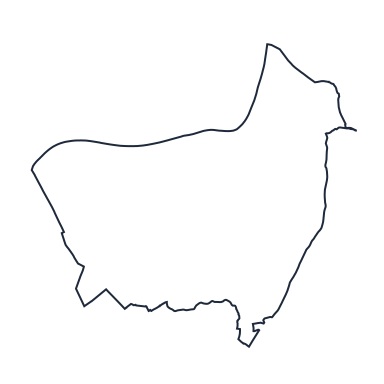 Gennep, Limburg, Netherlands (Natural Earth projection), rotated 93°
{"feature_id": "6326949B74696294770759", "entity_name": "Gennep", "entity_type": "district", "adm_level": 2, "iso_a3": "NLD", "parent_name": "Netherlands", "parent_adm1": "Limburg", "projection": "natural_earth1", "projection_center": [5.991, 51.696], "detail": "fine", "context": "isolated", "style": "outline", "palette": "slate", "viewbox_px": 384, "rotation_deg": 93, "n_neighbors": 0, "source": "geoboundaries", "source_scale": "gbopen_adm2", "svg_char_len": 5859}
<svg xmlns="http://www.w3.org/2000/svg" viewBox="0 0 384 384"><g transform="rotate(93 192 192)"><path d="M312.2,253.0L311.0,251.5L310.8,251.6L307.0,247.1L307.3,245.9L307.7,245.1L308.1,244.5L307.9,243.2L307.6,242.4L308.2,241.9L308.8,232.5L308.4,232.1L308.8,231.4L309.9,230.9L313.0,229.1L312.9,228.9L313.0,228.8L312.0,227.7L311.9,227.6L312.0,227.4L312.7,226.8L312.8,226.7L312.9,226.3L312.6,226.0L311.4,224.3L310.1,222.0L308.9,220.2L308.6,219.8L308.4,219.5L308.1,219.3L307.9,219.1L307.9,218.6L307.8,218.3L307.6,218.3L306.9,218.0L306.8,217.4L306.4,216.9L306.2,216.7L305.8,216.3L305.7,215.9L305.5,215.5L305.2,215.3L304.9,214.9L304.8,214.6L304.7,214.3L304.3,214.0L304.2,213.7L303.9,213.2L303.6,212.9L303.4,212.4L303.4,212.1L303.2,211.4L304.3,211.4L306.0,210.9L307.2,210.6L307.8,210.2L308.1,209.8L308.5,209.4L309.0,208.6L309.6,207.5L310.2,205.9L310.4,205.4L310.6,205.1L311.5,203.9L311.7,203.5L311.8,203.1L311.8,202.4L311.7,202.0L311.0,200.2L310.8,199.4L309.9,194.8L309.9,194.1L310.3,192.1L310.3,191.2L310.2,190.4L309.8,188.7L309.4,187.1L309.2,185.9L309.0,184.4L308.9,184.1L308.7,183.8L308.4,183.5L307.1,183.0L306.6,182.7L305.2,181.9L304.9,181.6L302.9,179.2L302.5,178.6L302.1,177.6L302.0,177.1L302.0,176.8L302.4,175.7L302.5,175.3L302.7,174.5L302.9,172.5L302.9,171.8L302.9,171.2L302.7,170.4L302.6,170.0L302.3,169.5L301.8,168.7L301.2,168.0L300.3,167.0L300.0,166.6L299.8,166.1L299.9,165.5L300.4,164.3L300.6,163.6L300.5,161.6L300.5,158.4L300.4,157.2L300.1,156.5L299.7,155.4L299.5,155.2L298.5,154.1L298.3,153.8L298.0,152.9L297.9,152.4L298.2,151.5L298.6,150.6L299.4,149.0L299.9,148.3L300.2,147.9L301.4,147.1L302.5,146.5L303.0,145.9L303.3,145.5L303.2,143.8L303.3,143.3L303.4,143.0L304.0,142.5L304.8,142.1L306.0,141.7L306.4,141.8L307.7,140.9L308.5,140.5L308.9,140.4L309.8,139.9L310.3,139.5L311.1,139.1L312.0,139.2L312.6,138.7L312.8,138.5L313.1,138.4L314.0,138.3L315.1,138.1L315.6,138.1L315.9,138.1L316.2,138.3L317.1,139.1L317.3,139.3L318.0,139.5L318.1,139.8L318.4,140.0L318.6,140.0L318.9,139.9L319.4,140.0L319.6,140.0L319.9,139.9L320.8,139.6L321.4,139.6L321.9,139.6L322.7,139.5L324.3,139.6L326.1,139.9L326.3,137.7L326.4,136.9L328.5,136.8L331.1,136.8L333.8,137.2L334.6,137.4L336.5,138.0L338.9,135.2L339.5,134.3L340.5,133.0L340.3,132.9L341.0,130.8L341.2,130.5L341.5,129.9L342.4,128.7L343.5,127.0L337.7,123.9L326.5,117.7L326.1,118.1L326.1,118.9L327.7,122.3L327.7,123.3L324.6,123.4L321.4,124.1L320.6,124.3L319.4,119.1L318.9,116.5L319.2,115.6L319.6,113.6L318.6,113.0L316.3,114.1L315.9,113.9L314.7,113.1L314.5,112.9L312.7,107.4L312.9,105.6L312.4,105.1L309.6,103.2L308.0,101.9L306.3,100.5L304.9,99.6L297.7,96.4L296.2,95.8L289.3,92.9L285.8,91.6L280.9,90.3L279.7,90.0L277.2,89.5L276.7,89.2L274.2,87.9L271.7,86.4L268.7,84.9L267.4,84.2L261.7,81.9L258.1,80.8L254.2,79.1L251.7,78.1L244.2,75.0L243.6,74.8L240.5,72.3L238.7,71.3L236.2,70.4L234.7,69.7L234.0,69.3L233.1,68.5L231.9,67.7L230.5,67.0L225.9,64.2L224.9,63.5L223.9,62.6L222.3,61.5L221.0,60.8L217.1,59.9L214.9,59.5L212.1,59.3L205.6,59.0L204.4,58.9L202.4,58.5L200.0,57.8L198.7,57.8L197.4,58.0L195.7,58.5L190.2,59.2L187.3,59.4L184.7,59.4L182.8,59.4L173.4,57.9L171.8,57.8L170.6,57.7L168.9,57.8L164.6,58.3L161.4,59.0L160.8,59.3L160.0,59.9L159.5,60.1L158.7,60.2L157.8,60.2L155.3,59.7L152.4,59.4L147.3,59.5L144.3,59.5L141.1,59.3L140.4,59.4L136.4,60.9L134.3,60.5L132.3,60.0L130.8,59.7L129.1,60.3L126.7,61.4L126.3,60.6L126.2,59.0L125.9,58.1L125.5,57.3L125.0,56.6L123.5,55.1L123.0,54.0L121.8,52.7L121.5,52.2L121.5,51.9L121.8,51.1L121.8,50.8L121.0,49.9L120.3,49.2L119.9,48.5L119.8,47.3L120.4,40.5L120.3,39.5L120.3,38.6L120.5,37.7L120.8,36.7L120.8,35.6L121.0,34.0L121.3,33.4L121.9,32.4L122.2,31.0L122.2,30.8L119.8,36.6L119.7,37.5L119.7,38.4L119.9,40.0L119.9,40.3L120.2,41.3L120.2,41.5L118.9,42.1L118.0,42.3L117.5,42.4L116.7,42.6L116.0,42.2L109.6,45.8L107.2,47.2L106.4,47.5L104.9,48.3L100.9,49.5L100.3,49.7L99.6,49.9L92.5,50.8L91.8,50.7L91.7,50.8L90.9,50.7L90.2,50.5L88.9,50.0L86.1,50.6L85.6,51.7L85.0,52.1L82.8,53.0L82.4,53.1L81.1,53.4L79.4,54.3L77.9,55.7L76.9,56.3L76.8,56.5L76.6,56.9L76.6,57.4L76.5,57.9L75.9,59.3L75.4,59.9L75.2,60.4L75.1,61.2L74.8,61.3L74.9,61.7L74.4,65.9L74.5,68.4L75.6,72.7L76.0,75.0L75.3,76.1L71.4,82.2L67.4,88.0L67.3,88.3L64.3,92.7L62.3,95.6L60.6,97.7L60.3,98.1L58.6,99.7L55.7,102.8L44.9,111.8L41.0,120.4L40.6,123.3L40.5,124.6L49.1,125.3L55.0,125.9L60.4,126.4L62.2,126.7L64.0,127.0L67.8,127.8L69.9,128.2L75.6,129.5L79.7,130.6L83.2,131.5L84.4,131.8L90.5,132.9L97.2,134.6L100.1,135.6L104.7,137.2L111.6,139.5L114.2,140.7L116.0,141.6L118.6,143.1L119.4,143.7L121.3,145.0L121.9,145.5L124.1,147.5L125.7,149.1L127.0,150.5L127.3,151.1L128.0,152.6L128.6,154.1L129.1,156.9L129.3,158.9L129.4,161.6L129.3,167.1L129.3,168.5L128.9,173.5L128.9,175.8L129.0,176.9L129.2,178.3L129.6,180.4L130.1,182.6L130.6,184.3L130.9,185.1L134.1,193.9L135.3,198.3L135.7,200.4L135.8,200.8L136.1,202.4L136.4,203.6L136.9,204.9L137.3,205.9L140.6,215.9L141.7,219.1L144.2,227.0L145.7,232.6L147.3,239.1L148.2,243.7L149.0,249.3L149.4,254.9L149.6,260.4L149.6,266.0L149.2,271.6L148.7,277.1L147.8,284.9L147.4,287.4L146.9,291.9L146.5,295.8L146.3,298.6L146.2,300.0L146.2,302.6L146.3,305.6L146.5,308.4L146.7,311.3L147.2,314.6L148.1,319.0L148.6,321.2L149.2,323.1L150.1,325.6L150.7,327.0L151.9,329.5L153.4,332.1L154.3,333.5L156.4,336.2L157.5,337.5L159.6,339.7L161.0,341.1L166.5,346.0L168.3,347.7L169.9,349.1L171.7,350.4L172.0,350.7L172.6,351.0L174.4,352.1L178.5,353.2L183.3,349.9L183.5,349.9L184.3,349.4L190.5,345.7L195.9,342.4L198.9,340.7L214.4,331.0L219.0,328.4L219.6,328.2L229.1,323.1L233.8,320.4L238.7,317.8L239.9,319.9L249.6,316.2L251.5,315.4L253.5,313.8L255.0,312.4L259.9,308.5L262.0,307.0L263.5,306.2L264.4,305.6L266.3,304.3L269.4,302.1L272.1,296.1L272.9,296.2L276.3,297.0L281.6,298.9L294.6,302.8L311.7,293.6L306.9,287.4L306.4,286.8L306.4,286.6L293.7,272.7L295.9,270.4L304.5,261.1L309.4,255.9L312.2,253.0Z" fill="none" stroke="#1e293b" stroke-width="2"/></g></svg>